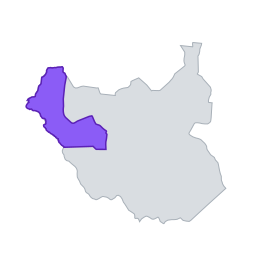 Western Bahr el Ghazal on a map of South Sudan (Robinson projection), rotated 6°
{"feature_id": "SDS-873", "entity_name": "Western Bahr el Ghazal", "entity_type": "State", "adm_level": 1, "iso_a3": "SSD", "parent_name": "South Sudan", "parent_adm1": "", "projection": "robinson", "projection_center": [25.577, 8.526], "detail": "fine", "context": "in_parent", "style": "filled", "palette": "violet", "viewbox_px": 256, "rotation_deg": 6, "n_neighbors": 0, "source": "natural_earth", "source_scale": "10m", "svg_char_len": 6794}
<svg xmlns="http://www.w3.org/2000/svg" viewBox="0 0 256 256"><g transform="rotate(6 128 128)"><path d="M207.6,204.7L200.1,213.3L199.5,213.8L198.6,214.5L195.5,214.5L192.4,214.1L189.5,211.8L186.5,213.6L184.6,214.1L183.5,214.3L180.9,214.6L177.2,215.5L175.5,216.7L174.6,217.6L173.8,219.3L173.4,219.4L172.8,219.2L171.8,218.6L169.8,217.6L168.8,215.4L167.9,214.1L167.1,213.5L164.0,215.6L162.5,216.1L161.2,216.0L159.0,214.8L156.4,213.8L155.1,213.8L153.2,215.1L151.0,217.0L149.9,218.9L149.3,220.0L148.5,218.3L147.8,217.2L146.7,216.8L144.6,217.2L144.1,216.6L144.0,215.1L143.7,213.8L143.2,212.8L141.5,211.8L137.3,209.7L134.1,205.6L132.5,203.6L131.3,202.4L129.6,199.2L127.7,196.9L125.3,195.9L123.8,196.4L122.2,198.8L119.3,201.0L117.9,201.1L116.2,199.9L114.0,199.0L110.0,198.7L108.4,199.7L106.2,201.4L104.4,202.5L103.3,202.6L102.3,202.2L101.1,202.0L100.1,201.9L97.9,200.4L96.9,199.2L96.1,198.1L94.9,197.3L93.5,196.7L92.5,195.7L92.0,194.5L91.3,192.9L90.2,191.5L87.0,188.9L86.1,187.4L85.4,185.9L84.1,184.3L82.7,182.1L82.2,178.9L82.1,176.4L81.8,175.2L81.2,174.0L80.5,173.0L79.4,171.9L76.8,170.2L74.1,168.3L72.8,167.2L70.3,166.8L68.8,165.7L67.6,163.3L67.1,161.4L65.8,159.9L65.3,158.8L65.0,157.5L66.0,153.8L64.6,152.4L62.4,150.7L60.9,148.8L60.0,147.0L57.2,144.7L51.2,141.2L47.8,139.0L45.9,137.1L44.2,135.1L44.1,134.3L45.1,132.4L45.3,130.8L44.4,129.0L40.8,125.7L38.0,122.1L35.8,120.9L30.6,119.9L29.1,119.5L27.6,118.8L26.0,117.2L25.5,115.3L26.3,112.2L25.8,111.2L24.9,111.0L25.1,110.3L26.1,108.8L27.7,107.8L32.0,106.3L32.3,105.7L32.4,103.8L32.7,102.8L34.2,100.1L34.4,99.1L34.5,96.8L34.7,95.7L35.1,94.9L36.3,93.6L36.7,92.8L36.9,91.0L36.7,87.6L37.3,86.2L40.1,83.1L40.8,81.7L41.0,80.4L41.0,79.1L41.2,77.9L42.0,76.6L42.7,76.2L44.7,75.9L46.0,76.1L55.5,74.0L56.6,74.3L57.1,75.5L57.1,77.6L57.2,78.5L57.8,79.3L59.3,80.2L60.3,81.8L60.9,82.4L62.4,83.5L69.5,92.8L71.5,93.7L73.4,93.4L77.3,91.5L79.2,91.0L92.6,91.5L94.1,91.2L94.2,91.3L96.3,95.9L97.3,97.0L112.0,97.0L111.7,95.7L111.9,94.2L114.5,91.4L114.9,91.0L117.2,89.7L119.4,88.8L123.7,87.7L125.2,86.0L126.1,84.5L126.1,81.4L126.7,81.0L127.7,80.3L132.6,77.5L133.4,77.0L142.2,83.3L147.1,88.2L147.4,88.5L147.7,88.6L147.9,88.4L148.2,88.2L148.8,88.0L150.9,87.9L154.8,87.6L156.1,87.1L164.1,78.2L166.1,75.3L166.6,74.7L167.7,72.7L168.9,69.2L169.2,68.9L177.8,60.5L178.1,59.9L178.2,59.3L176.9,56.5L176.6,55.1L176.5,52.9L176.8,49.5L176.6,47.3L176.5,46.8L176.5,46.6L171.6,40.5L183.8,40.5L183.9,39.7L183.8,39.4L183.6,38.7L183.4,37.7L183.4,37.2L183.5,36.7L183.5,36.4L183.5,36.2L192.4,36.1L192.3,37.8L191.2,41.9L191.3,44.3L191.0,47.1L190.7,48.0L190.3,48.6L190.1,49.0L190.1,49.3L192.1,64.9L191.9,65.6L191.5,66.5L191.3,66.8L191.3,67.1L191.5,67.3L195.6,69.0L195.8,69.1L196.0,69.2L197.4,71.2L205.5,78.6L205.8,79.0L206.7,81.3L206.7,81.7L206.8,82.2L206.8,82.7L206.6,84.1L206.6,84.7L206.8,85.1L206.9,85.6L206.8,86.1L205.6,88.8L205.3,90.7L205.1,92.3L205.2,93.2L205.4,93.8L205.5,94.1L209.1,94.2L209.0,95.0L209.6,109.1L209.6,110.7L209.5,112.7L209.1,113.5L208.1,114.6L206.8,115.6L203.7,115.9L201.1,115.9L199.3,115.6L196.8,115.5L194.4,115.8L193.5,116.6L190.4,124.1L189.4,126.0L189.2,127.1L189.5,127.8L190.7,128.7L193.4,130.0L196.5,130.8L198.8,131.1L200.4,131.5L201.6,131.9L206.0,135.3L207.4,136.9L208.2,138.3L208.4,139.8L209.0,141.3L213.0,146.0L216.9,148.2L218.3,150.7L219.7,151.9L221.1,153.2L221.8,155.2L223.5,160.8L224.6,163.8L225.8,166.2L226.3,170.1L227.2,171.9L228.1,174.0L229.6,176.0L231.3,177.5L231.6,177.8L215.1,196.2L207.6,204.7Z" fill="#d9dde1" stroke="#a8b0b8" stroke-width="1"/><path d="M27.0,119.3L26.9,119.3L26.3,119.1L26.0,119.0L25.5,118.7L25.0,118.3L24.6,117.8L24.4,117.1L24.5,116.4L24.7,115.7L25.7,113.8L25.9,113.5L26.7,113.0L26.8,112.8L26.7,112.5L26.2,112.1L26.1,111.8L26.2,111.5L26.5,110.9L26.5,110.6L26.2,110.4L25.5,110.4L25.3,110.5L25.4,110.3L25.4,110.0L25.6,109.8L26.6,108.9L27.2,108.6L29.2,107.2L29.6,107.1L31.3,106.9L32.2,106.5L32.4,106.4L32.5,106.3L32.5,104.0L32.5,103.9L32.7,103.6L34.3,100.4L34.4,100.2L34.8,96.0L34.9,95.7L35.1,95.4L35.6,94.9L36.7,93.4L36.9,92.9L36.9,92.7L36.9,87.1L36.9,86.6L37.0,86.5L37.1,86.4L37.3,86.4L37.5,86.3L37.8,86.2L38.5,85.6L39.1,85.1L39.4,84.8L39.9,84.0L40.1,83.7L40.3,83.5L40.4,83.1L40.6,82.8L41.0,81.6L41.2,81.0L41.3,80.9L41.3,80.7L41.2,80.4L41.0,80.0L41.0,79.9L41.0,79.7L41.0,79.3L42.0,77.0L42.2,76.8L42.3,76.6L42.7,76.5L43.0,76.4L43.6,76.4L43.8,76.3L44.3,76.1L44.6,76.2L44.9,76.1L45.0,76.0L45.4,76.1L45.5,76.1L45.8,76.2L46.0,76.2L46.3,76.1L46.6,76.2L46.8,76.1L47.1,76.0L47.2,75.9L47.5,75.9L47.8,75.9L48.0,75.8L48.2,75.7L48.4,75.6L48.6,75.6L48.9,75.5L49.6,75.6L49.8,75.5L50.1,75.5L51.5,74.9L52.3,74.7L53.0,74.7L53.4,74.6L53.7,74.5L53.8,74.5L54.6,74.5L54.9,74.4L55.3,74.2L56.1,74.0L56.3,74.0L57.2,75.1L57.3,75.3L57.3,75.5L57.4,78.8L57.5,78.9L57.5,79.0L57.8,79.3L58.4,79.7L58.7,79.9L59.2,80.0L59.3,80.1L59.5,80.2L59.6,80.4L60.7,82.4L60.9,82.8L61.2,83.1L61.2,84.8L60.6,92.0L60.6,105.9L61.6,113.0L61.6,116.0L62.0,118.8L62.7,121.2L63.8,123.0L64.9,124.1L71.0,128.6L71.8,128.9L72.4,129.0L72.9,129.0L73.4,128.9L73.9,128.7L75.0,128.0L77.0,126.4L88.2,120.5L90.8,119.7L91.6,120.7L94.0,125.1L95.2,126.8L95.6,127.3L95.9,127.5L96.3,127.6L99.1,128.2L100.0,128.6L101.3,129.6L102.9,130.9L105.2,132.4L106.0,132.7L106.6,133.1L106.9,133.5L106.8,134.1L106.6,134.6L106.6,135.1L106.7,135.5L107.4,136.1L107.7,136.6L107.7,137.5L107.7,140.9L107.4,144.2L107.6,146.8L108.3,151.6L98.9,152.5L98.6,152.5L98.4,152.4L98.2,152.3L95.2,149.9L66.8,153.8L66.3,153.8L66.3,153.4L65.4,152.8L64.3,152.3L63.7,152.0L63.4,151.6L62.6,151.0L62.0,150.2L61.7,150.0L61.4,149.9L61.0,149.6L60.8,149.4L60.7,149.2L60.7,148.9L60.6,148.6L60.6,148.4L60.6,148.2L60.3,148.2L60.2,148.2L59.9,147.7L59.9,146.6L59.8,146.1L58.9,146.1L58.7,146.0L58.7,145.9L58.7,145.7L58.4,145.5L58.0,145.4L57.8,145.3L57.2,145.0L57.1,144.8L57.1,144.4L57.0,144.2L56.7,144.1L55.9,144.0L55.6,143.9L55.4,143.5L55.4,143.2L54.8,143.0L54.6,143.0L54.3,142.6L54.2,142.6L53.8,142.6L53.6,142.5L53.2,142.1L52.9,141.9L51.7,141.6L51.4,141.4L50.6,140.6L50.3,140.4L50.0,140.3L49.6,140.5L49.2,140.2L48.4,139.6L47.4,139.0L47.1,138.8L46.9,138.5L46.8,138.2L46.7,137.6L46.6,137.3L46.5,137.2L46.1,137.1L45.9,136.8L45.7,136.5L45.6,136.3L45.3,136.2L44.2,135.5L43.8,134.4L43.8,134.1L43.8,133.8L44.2,133.4L45.4,132.9L45.8,132.5L45.9,132.2L45.8,131.9L45.7,131.6L45.7,131.2L45.7,130.3L45.7,130.0L45.6,129.7L45.3,129.1L45.2,128.4L45.0,128.1L44.7,127.8L44.3,127.7L44.2,127.6L44.1,127.4L43.9,127.3L43.5,127.2L43.2,127.2L42.6,127.4L42.4,127.4L41.8,127.2L41.3,126.7L40.4,125.6L40.2,125.5L40.1,125.3L39.9,125.2L39.8,124.7L39.4,124.2L39.4,123.5L39.2,123.1L37.6,121.5L37.0,121.2L35.9,121.0L35.3,120.7L35.0,120.6L34.6,120.6L33.6,120.4L32.3,120.6L31.7,120.6L31.1,120.2L30.9,120.2L30.7,119.9L30.6,119.7L30.2,119.3L29.5,119.3L28.3,119.8L28.2,119.7L27.9,119.5L27.8,119.4L27.6,119.4L27.4,119.4L27.0,119.3Z" fill="#8b5cf6" stroke="#5b21b6" stroke-width="1.5"/></g></svg>